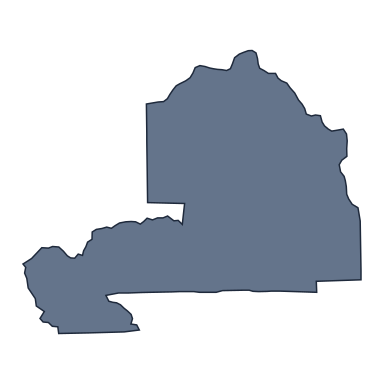 Flores da Cunha, Rio Grande do Sul, Brazil (Robinson projection)
{"feature_id": "56859067B84759679452911", "entity_name": "Flores da Cunha", "entity_type": "district", "adm_level": 2, "iso_a3": "BRA", "parent_name": "Brazil", "parent_adm1": "Rio Grande do Sul", "projection": "robinson", "projection_center": [-51.242, -29.022], "detail": "fine", "context": "isolated", "style": "filled", "palette": "slate", "viewbox_px": 384, "rotation_deg": 0, "n_neighbors": 0, "source": "geoboundaries", "source_scale": "gbopen_adm2", "svg_char_len": 1973}
<svg xmlns="http://www.w3.org/2000/svg" viewBox="0 0 384 384"><path d="M158.1,102.0L146.4,104.0L146.8,133.7L146.8,140.7L147.2,170.0L147.3,178.9L147.6,202.6L184.6,203.5L182.3,224.4L178.2,220.4L173.9,220.8L167.6,216.0L163.0,217.9L157.5,217.9L152.5,219.9L147.1,218.2L143.6,221.6L140.3,224.1L135.6,221.8L131.1,221.5L125.7,221.8L119.5,223.0L115.2,225.6L111.4,228.3L106.7,227.1L101.9,228.5L96.3,229.4L92.2,232.0L92.0,239.3L87.6,242.1L85.9,246.7L83.6,250.8L82.5,255.4L78.2,254.1L74.7,258.2L70.6,257.9L67.3,255.8L63.4,251.2L58.8,247.0L52.6,246.5L48.5,248.1L41.8,247.7L31.6,258.5L23.0,264.0L25.7,267.4L24.6,273.1L26.8,278.4L28.2,288.0L35.3,298.6L36.3,306.0L44.3,311.5L40.0,318.5L43.1,322.0L48.4,322.5L52.3,326.3L57.8,326.8L58.7,333.5L88.4,332.9L124.2,331.9L139.3,330.0L136.7,324.9L130.9,324.0L132.5,318.7L131.1,314.4L127.5,311.0L123.9,308.1L120.5,304.8L116.6,302.8L112.8,302.3L108.8,301.2L105.9,295.4L118.5,293.0L127.8,293.0L133.2,292.8L141.5,292.5L150.2,292.3L171.5,291.9L179.2,291.6L193.9,291.6L199.4,292.3L216.2,292.3L222.5,290.6L243.3,290.2L249.2,290.2L252.9,291.3L258.6,291.6L267.0,291.4L271.3,291.1L279.8,291.1L304.5,291.9L316.7,292.3L316.3,281.3L361.0,279.8L361.0,270.7L360.2,221.0L358.0,207.8L352.2,204.3L348.7,199.0L346.7,194.2L346.3,186.5L345.3,180.6L344.1,176.3L340.6,171.9L339.2,164.7L341.8,160.2L346.9,156.3L346.7,148.6L347.2,140.9L346.5,134.0L343.3,129.1L337.2,130.2L331.7,131.1L328.3,129.1L324.5,125.9L322.1,122.0L320.4,115.7L315.5,115.0L311.4,116.0L306.3,114.1L304.7,108.6L302.1,104.2L298.5,100.0L294.7,93.0L290.0,87.7L286.8,83.1L281.2,80.7L278.0,78.1L275.5,73.4L268.4,73.4L263.9,70.5L259.7,68.3L258.2,64.0L257.5,58.5L256.0,52.9L252.1,50.5L248.2,50.7L243.5,52.4L239.3,54.1L234.6,57.7L232.5,63.7L230.4,68.7L226.6,70.5L221.9,69.7L217.6,69.4L213.7,68.8L209.7,68.0L205.0,66.5L199.9,65.6L195.2,67.6L192.9,73.1L190.1,77.7L185.6,80.9L179.7,83.8L176.2,85.8L173.0,89.8L169.9,94.4L167.4,98.7L163.6,101.6L158.1,102.0Z" fill="#64748b" stroke="#1e293b" stroke-width="1.5"/></svg>